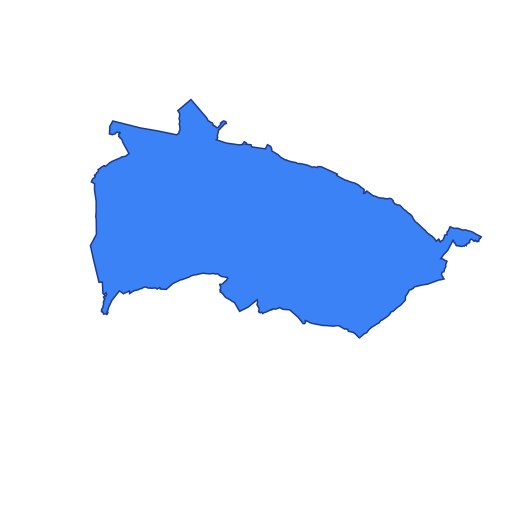 the district of Etnedal nor, Oppland, Norway, rotated 298°
{"feature_id": "86288312B39232135925615", "entity_name": "Etnedal nor", "entity_type": "district", "adm_level": 2, "iso_a3": "NOR", "parent_name": "Norway", "parent_adm1": "Oppland", "projection": "albers", "projection_center": [9.665, 60.964], "detail": "fine", "context": "isolated", "style": "filled", "palette": "blue", "viewbox_px": 512, "rotation_deg": 298, "n_neighbors": 0, "source": "geoboundaries", "source_scale": "gbopen_adm2", "svg_char_len": 6112}
<svg xmlns="http://www.w3.org/2000/svg" viewBox="0 0 512 512"><g transform="rotate(298 256 256)"><path d="M308.0,66.2L301.8,66.1L295.0,69.3L295.7,72.3L298.0,74.4L299.6,74.7L300.4,75.8L300.2,77.2L300.7,77.6L301.2,77.6L301.1,78.1L300.3,78.3L298.9,77.8L297.1,78.7L297.0,78.9L297.0,80.0L296.4,80.4L296.4,81.4L295.8,83.0L293.7,85.2L286.7,95.9L284.9,94.8L283.3,94.3L281.9,92.9L281.3,92.0L280.0,90.5L279.4,90.5L271.7,84.3L270.1,83.5L269.6,82.9L267.3,82.3L264.3,80.8L264.3,80.2L264.6,79.8L264.5,79.4L261.3,77.5L260.7,77.4L258.1,76.0L257.4,76.8L256.5,77.1L254.9,76.3L253.1,76.4L252.3,75.7L251.4,75.5L250.9,76.0L251.1,76.5L250.9,76.7L249.4,76.8L248.2,75.9L247.1,75.6L244.1,75.8L244.1,79.5L238.6,82.3L229.4,89.1L219.8,94.2L215.8,95.9L213.2,97.8L200.2,104.9L187.5,104.9L177.1,113.7L159.1,129.7L160.8,132.6L151.1,138.4L150.7,139.8L151.9,140.6L153.2,140.9L152.0,142.1L150.0,142.3L149.9,142.2L150.1,141.1L148.1,140.6L147.0,142.2L147.4,142.5L146.3,142.8L144.6,142.6L143.8,143.2L142.9,143.2L142.6,143.7L140.8,144.4L139.9,144.3L138.9,145.0L136.5,144.7L134.3,145.7L134.3,146.2L134.6,146.7L133.2,148.8L134.0,149.7L134.3,150.4L134.3,151.4L134.8,151.3L135.0,152.0L136.1,151.9L136.1,151.3L136.5,151.2L136.8,151.5L137.2,151.1L136.9,150.8L137.1,150.7L137.4,150.9L141.2,150.0L149.2,149.6L161.1,151.8L160.5,156.7L165.7,160.6L163.5,162.0L168.1,164.6L170.7,167.7L172.6,168.9L173.3,170.0L175.8,171.7L176.8,172.9L177.1,175.7L177.5,176.8L178.1,177.6L178.4,178.9L180.7,182.3L180.4,184.1L182.9,185.9L182.6,186.6L181.9,187.0L184.4,192.5L192.5,195.4L199.7,200.7L200.3,201.7L206.1,206.9L208.0,208.0L209.3,209.3L210.6,210.8L211.2,211.8L216.1,217.4L216.8,219.6L218.3,223.2L219.2,224.3L219.6,225.3L220.5,226.2L220.7,227.6L221.2,228.9L222.3,230.6L222.3,231.2L221.8,232.6L221.7,235.0L223.6,241.0L223.2,241.5L220.3,241.2L219.5,240.7L215.6,239.5L215.1,239.2L214.2,238.1L214.3,237.5L213.6,237.4L212.2,239.2L210.5,240.1L209.3,240.0L208.9,240.3L209.1,240.8L209.0,241.0L208.1,240.9L207.4,241.3L207.4,241.7L207.7,242.2L207.2,243.8L206.8,244.5L206.9,245.2L206.0,246.4L205.2,248.5L205.1,253.8L204.8,256.1L204.9,258.8L199.4,267.5L207.2,273.1L217.9,277.5L215.9,279.1L213.3,279.8L212.8,281.2L212.2,281.5L212.1,282.0L211.4,283.1L209.9,284.0L208.1,284.3L208.1,284.7L207.7,285.4L207.9,285.8L207.8,286.4L208.7,286.9L208.9,287.4L208.8,288.0L208.3,288.9L209.6,289.5L211.1,291.1L215.0,294.1L215.6,294.9L216.1,294.8L216.3,295.5L216.9,295.5L216.9,295.8L217.6,296.4L217.9,297.5L218.9,298.9L221.7,301.3L221.5,301.8L221.6,304.9L224.3,311.0L221.7,322.0L218.4,329.4L218.9,330.4L220.0,330.9L220.1,330.7L221.2,330.8L221.5,330.6L221.7,329.9L222.2,329.8L222.7,332.3L222.4,334.3L222.9,337.3L226.1,347.8L228.1,351.8L228.4,352.7L230.3,357.1L232.6,360.3L233.3,361.9L233.1,368.7L233.8,369.4L234.3,371.4L232.9,372.9L234.2,377.4L233.9,380.3L232.4,384.8L232.3,385.8L237.6,387.8L240.5,389.8L243.8,390.2L247.2,391.5L253.4,395.1L254.3,395.9L257.7,396.5L258.4,397.3L264.5,400.5L267.7,401.5L269.6,401.3L271.9,403.2L277.0,405.0L280.8,406.9L286.8,408.5L287.7,408.3L290.5,407.0L294.2,407.4L298.0,407.4L299.5,409.1L300.5,409.3L301.2,410.0L302.6,410.2L303.4,410.7L308.0,415.8L311.7,420.7L320.9,429.0L321.6,430.2L324.1,432.8L324.5,431.7L325.2,430.8L325.7,429.8L327.0,428.3L328.8,428.0L329.8,428.5L330.2,429.3L333.1,428.6L336.0,428.6L336.6,427.9L337.5,427.5L341.0,427.1L341.1,426.3L340.7,424.4L341.2,423.5L340.8,422.3L341.0,421.2L340.5,420.5L345.0,421.0L350.9,422.6L362.5,422.6L361.6,424.1L360.9,424.5L360.7,424.9L360.8,425.7L359.2,427.8L359.2,428.2L359.6,428.7L359.6,429.2L360.2,430.3L360.1,430.8L360.5,432.0L360.9,432.6L361.2,433.5L362.2,434.4L362.6,435.0L362.6,435.3L363.5,435.6L364.0,436.2L364.0,436.7L364.8,436.2L365.2,436.3L366.2,437.2L367.2,437.3L367.8,438.2L368.5,438.2L369.8,437.3L371.7,438.0L372.1,439.0L371.3,441.6L372.9,442.5L372.4,443.1L372.7,443.5L372.4,444.1L372.8,444.6L372.8,445.0L373.3,445.3L373.2,445.5L373.4,445.8L373.8,445.6L373.9,445.2L374.6,445.5L376.4,444.9L376.8,445.8L378.7,445.9L378.6,440.3L378.8,436.7L378.7,434.8L377.9,431.5L377.5,428.9L375.9,426.1L375.3,421.3L373.8,418.6L373.1,416.6L373.2,414.8L372.8,413.6L368.5,414.0L367.2,413.4L366.5,413.5L364.5,414.7L363.2,412.9L362.9,412.7L361.3,413.3L357.6,413.6L356.4,412.5L354.9,412.1L355.4,411.0L356.6,409.9L356.7,409.4L353.7,408.2L354.9,406.0L355.9,403.3L356.2,401.3L356.1,399.9L356.6,399.4L356.4,398.0L357.3,395.0L358.1,393.5L358.3,391.8L360.8,382.9L361.1,380.3L361.8,379.3L362.6,377.6L364.4,375.3L365.3,372.5L365.5,369.8L366.3,367.1L366.5,364.9L368.3,359.5L368.1,358.2L367.3,356.8L367.5,355.5L367.2,354.5L367.8,352.7L368.6,351.4L369.3,351.1L370.0,348.9L369.8,347.2L367.7,344.4L367.6,343.7L367.0,342.4L367.1,341.7L366.4,340.5L366.0,339.6L365.9,338.8L365.1,337.5L364.8,333.4L364.3,331.9L364.3,330.5L365.4,323.3L363.7,322.7L363.3,323.1L361.8,321.8L362.4,321.3L363.9,321.1L365.5,320.3L366.0,316.6L366.8,313.4L366.7,312.4L366.9,311.4L366.6,310.4L366.9,309.8L365.7,304.4L365.4,300.7L364.9,299.7L364.9,292.1L365.1,288.7L365.3,289.4L366.5,289.4L365.4,271.5L364.0,268.7L362.9,268.5L362.2,266.0L360.9,263.8L360.7,262.8L360.3,258.5L359.0,253.7L357.2,249.0L357.2,247.2L355.8,242.8L355.1,239.3L355.1,237.9L354.9,237.9L354.6,236.2L354.8,231.3L355.6,228.5L355.8,228.2L356.2,220.7L358.6,219.1L359.7,217.3L359.7,213.9L355.0,214.0L350.3,200.9L351.9,199.4L349.9,194.5L351.0,194.8L351.2,194.6L351.4,193.4L351.4,192.0L349.1,191.7L349.0,192.1L348.5,192.2L346.2,189.0L341.8,176.8L340.1,166.9L340.4,167.2L341.8,166.5L342.7,166.5L343.8,165.4L349.2,164.1L349.6,163.7L350.8,164.4L357.8,166.3L359.0,167.6L360.2,166.7L360.4,165.6L360.1,164.9L360.2,164.2L358.8,163.1L357.6,163.1L357.4,162.6L356.6,162.3L356.0,162.7L354.3,162.9L352.9,162.3L352.2,162.4L351.5,162.1L350.9,161.3L351.1,160.5L351.0,160.1L351.4,159.3L351.2,158.2L351.4,157.8L351.2,157.0L351.6,157.0L351.8,156.4L352.8,155.3L353.1,154.2L352.7,153.3L352.9,152.0L353.1,151.7L352.9,151.1L352.9,150.1L353.4,149.8L353.8,148.8L354.4,148.3L354.9,147.3L363.6,125.1L347.6,118.7L346.0,121.6L344.2,122.7L340.9,123.7L339.6,125.2L338.8,125.7L336.2,126.3L335.6,127.3L331.7,129.7L329.8,129.6L328.6,130.2L325.8,129.2L320.4,110.8L314.8,93.8L308.0,66.2Z" fill="#3b82f6" stroke="#1e3a8a" stroke-width="1.5"/></g></svg>